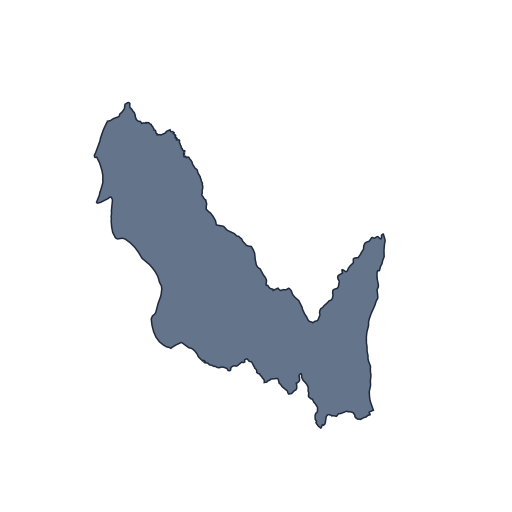 Oña, Azuay, Ecuador (Equal Earth projection), rotated 157°
{"feature_id": "8360857B30899779173578", "entity_name": "Oña", "entity_type": "district", "adm_level": 2, "iso_a3": "ECU", "parent_name": "Ecuador", "parent_adm1": "Azuay", "projection": "equal_earth", "projection_center": [-79.149, -3.497], "detail": "fine", "context": "isolated", "style": "filled", "palette": "slate", "viewbox_px": 512, "rotation_deg": 157, "n_neighbors": 0, "source": "geoboundaries", "source_scale": "gbopen_adm2", "svg_char_len": 6104}
<svg xmlns="http://www.w3.org/2000/svg" viewBox="0 0 512 512"><g transform="rotate(157 256 256)"><path d="M130.5,226.6L132.4,226.1L133.0,224.3L134.3,223.0L134.9,223.2L136.2,226.2L137.0,226.5L140.2,226.1L141.8,227.7L142.4,227.7L146.0,225.4L148.5,225.6L150.6,225.3L152.6,223.6L154.5,220.1L157.6,218.1L159.2,216.7L162.6,214.6L165.5,215.5L167.2,215.5L167.7,215.0L169.1,211.7L173.3,210.1L175.5,208.8L178.0,206.5L179.2,206.3L179.6,206.6L181.5,209.5L182.4,209.6L183.1,206.5L187.8,206.0L189.0,204.9L189.5,202.7L189.2,200.2L192.2,195.5L193.9,194.5L197.1,194.8L198.6,194.4L199.7,192.5L200.5,189.7L202.3,187.1L203.9,186.1L206.5,186.1L208.2,185.2L213.0,183.6L214.6,182.6L217.1,182.1L218.3,181.1L219.6,179.2L220.1,176.8L223.9,173.0L225.0,172.5L227.5,172.9L229.8,172.4L230.6,173.5L232.3,174.8L233.1,176.7L233.2,180.4L233.9,183.6L234.0,188.5L233.6,191.0L234.1,198.3L236.1,202.3L237.1,205.3L237.3,207.0L237.1,210.2L238.0,213.0L238.7,213.6L241.7,213.1L243.8,214.3L246.8,214.6L248.0,216.4L248.2,217.7L248.6,217.9L253.7,217.6L253.4,218.8L255.7,220.6L256.3,222.3L256.7,224.4L258.0,225.0L257.8,226.0L256.0,229.0L255.7,230.6L255.9,233.2L256.6,235.7L257.2,242.4L258.7,244.6L259.1,246.8L259.1,248.1L258.0,253.3L256.2,258.9L256.1,262.4L256.6,266.6L259.0,268.0L260.6,269.5L262.5,275.0L262.5,277.5L263.5,279.0L264.3,280.9L265.8,281.7L267.2,285.1L272.5,291.0L274.1,295.7L274.8,296.4L280.1,299.9L280.3,300.4L279.5,304.3L280.0,309.1L281.1,313.4L282.2,315.2L283.6,318.6L282.1,321.7L281.2,322.8L280.8,324.5L280.8,326.4L280.3,326.9L281.4,329.1L281.6,331.2L282.0,332.6L282.0,333.7L280.9,334.9L280.2,336.9L278.4,339.5L277.6,341.5L277.6,342.7L276.9,343.9L277.0,346.7L276.6,348.0L276.7,349.2L276.4,350.8L277.0,355.3L276.5,358.1L276.7,358.9L277.7,360.4L278.0,361.9L278.5,365.2L278.2,367.3L278.4,369.2L279.2,371.5L279.2,372.9L279.9,373.7L281.7,373.8L281.8,375.3L283.0,375.3L283.5,375.8L283.4,376.3L281.9,378.0L281.8,378.3L282.2,378.4L282.6,377.7L282.9,378.0L282.8,378.5L281.9,379.3L281.4,380.9L281.0,381.0L280.6,380.4L280.5,380.7L282.3,382.2L281.9,383.8L282.5,384.7L282.0,386.6L282.3,387.5L282.0,389.3L282.2,390.3L281.2,392.4L281.6,393.1L283.8,393.9L283.7,395.0L282.7,395.2L283.0,395.8L284.1,396.7L283.2,397.5L282.9,398.3L283.0,398.6L283.6,398.6L283.6,399.1L283.3,399.6L284.2,400.9L283.2,401.5L283.8,402.6L284.3,403.2L285.6,403.5L285.9,404.7L285.8,405.8L289.7,405.7L291.8,404.6L295.8,404.6L296.5,404.7L297.0,405.3L299.6,406.1L299.2,406.9L299.8,407.7L299.9,409.1L299.5,410.1L299.5,410.9L300.7,411.6L300.3,413.1L300.7,414.5L300.5,415.6L301.1,416.4L301.1,418.1L302.0,419.0L302.7,420.7L304.3,421.4L304.8,421.1L305.2,421.9L306.5,421.7L307.3,422.4L309.4,422.7L309.4,423.7L309.9,424.5L309.9,425.1L311.7,426.0L313.0,428.8L312.7,429.3L312.7,431.4L312.2,432.5L312.0,435.7L312.5,436.7L313.2,440.4L313.8,441.3L313.9,442.1L313.7,443.4L312.5,445.5L312.7,446.3L313.3,447.1L314.7,447.3L317.3,446.8L319.6,443.0L322.5,441.1L326.1,439.8L326.8,438.6L327.3,438.2L328.7,437.9L333.4,438.2L337.4,437.5L340.0,438.1L340.0,437.7L341.3,437.1L347.2,431.8L353.0,425.4L354.7,422.9L363.4,413.6L365.5,411.8L365.9,410.1L365.6,409.6L364.0,409.2L363.6,402.6L364.4,395.1L365.5,390.0L367.6,385.2L367.8,384.2L369.3,382.1L373.6,376.8L374.5,376.1L376.5,373.1L381.8,367.8L381.6,366.9L381.0,366.5L378.1,366.1L369.2,366.7L368.1,367.2L367.0,367.2L366.4,366.8L366.1,364.6L366.5,363.1L371.2,354.6L372.5,351.4L374.3,348.2L374.3,347.5L375.8,344.4L377.6,338.9L378.7,333.6L378.3,327.8L377.7,326.7L376.7,325.8L372.2,324.6L370.0,323.0L366.6,317.3L364.1,311.2L362.7,305.0L361.8,298.4L357.4,289.7L356.0,285.5L354.9,280.9L354.4,276.3L354.5,273.8L355.1,269.9L354.8,265.2L355.7,262.3L358.3,257.8L359.7,255.9L364.7,250.5L370.4,243.1L372.2,242.0L374.7,241.3L377.0,239.1L378.8,232.9L379.8,226.5L379.8,220.4L378.4,214.7L376.0,210.2L373.7,207.2L371.4,205.6L370.4,204.2L369.1,204.7L364.4,205.4L358.6,205.6L358.1,205.2L353.7,197.8L351.7,196.4L350.7,195.1L349.4,192.4L348.4,188.1L348.5,186.1L348.0,184.6L346.2,180.3L345.6,180.6L345.0,180.4L344.0,178.9L344.2,178.5L345.1,179.0L345.3,178.6L344.8,177.7L342.2,176.2L341.4,174.0L339.5,172.8L337.9,170.8L336.6,170.3L335.1,168.4L333.5,167.5L330.8,167.2L329.0,166.0L326.8,163.9L326.4,161.5L325.6,160.9L324.6,160.7L323.8,161.1L322.7,163.1L320.5,163.7L318.7,163.4L317.5,162.5L316.4,162.2L310.6,163.9L309.3,162.8L307.7,162.9L307.3,164.4L306.9,164.9L304.9,165.0L304.3,164.6L303.4,161.8L301.5,160.2L301.3,159.7L301.1,155.4L300.8,154.8L301.0,153.3L300.0,150.9L300.8,148.6L300.0,146.9L298.8,146.2L298.6,144.3L297.9,142.9L297.8,141.2L297.1,139.7L297.1,137.8L297.9,136.3L295.3,135.7L294.0,136.4L291.9,136.3L290.5,136.9L284.1,134.9L283.7,133.7L284.4,129.8L283.6,128.4L283.0,125.5L279.9,119.5L280.1,117.1L279.8,116.1L276.9,115.5L273.7,116.9L271.9,117.1L270.9,117.6L270.0,118.6L269.0,121.4L268.6,123.2L267.1,123.1L265.0,124.0L264.1,125.3L263.0,129.3L261.6,130.1L260.4,130.0L260.5,128.5L261.4,126.6L261.2,123.2L259.5,118.5L259.2,114.9L260.8,111.2L261.0,109.1L262.1,107.4L262.6,105.8L261.2,103.0L260.0,102.1L259.9,98.7L259.2,97.0L258.5,92.5L260.4,88.5L262.5,87.8L263.9,86.2L265.2,82.9L265.3,82.0L264.9,80.5L265.1,79.8L265.9,79.3L265.9,78.3L265.0,74.8L263.6,72.3L263.1,72.4L261.0,74.6L260.5,74.6L260.0,73.8L258.6,74.2L257.3,75.5L254.1,80.8L252.0,81.8L250.6,81.4L249.1,80.0L248.8,79.2L247.4,78.9L244.6,77.0L241.8,78.5L239.5,77.9L233.2,77.7L231.8,76.4L230.5,76.1L228.1,74.2L227.7,73.4L227.2,70.7L227.7,69.6L227.5,68.3L226.3,66.2L224.5,65.4L223.7,64.7L219.9,65.1L217.4,64.8L215.4,65.5L213.0,65.3L212.8,65.8L213.1,67.1L212.9,67.9L212.5,68.2L208.2,68.1L207.7,76.2L207.3,79.2L206.5,82.0L204.8,86.8L201.1,92.1L199.5,96.4L197.3,100.3L196.5,102.1L196.0,104.7L195.4,105.6L195.2,106.7L193.7,109.7L193.5,115.2L193.0,117.9L191.9,120.3L191.0,124.8L189.2,129.3L188.4,132.6L186.1,138.2L183.8,142.4L179.6,148.0L178.1,151.4L176.5,153.6L172.4,158.1L166.0,164.0L163.0,167.5L160.3,169.7L159.6,171.4L157.7,177.8L155.8,179.3L154.9,180.8L154.5,182.2L153.5,187.1L152.1,191.2L150.8,193.9L149.5,195.0L148.5,194.3L147.9,194.5L145.6,197.6L143.0,199.7L141.2,202.3L138.3,205.3L135.9,211.4L132.8,217.2L131.4,219.1L130.8,220.9L130.2,226.4L130.5,226.6Z" fill="#64748b" stroke="#1e293b" stroke-width="1.5"/></g></svg>